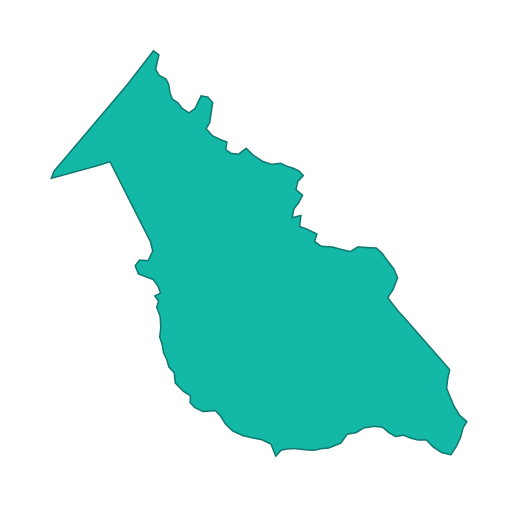 Campo do Brito, Sergipe, Brazil, rotated 176°
{"feature_id": "56859067B6192746324421", "entity_name": "Campo do Brito", "entity_type": "district", "adm_level": 2, "iso_a3": "BRA", "parent_name": "Brazil", "parent_adm1": "Sergipe", "projection": "mercator", "projection_center": [-37.503, -10.782], "detail": "fine", "context": "isolated", "style": "filled", "palette": "teal", "viewbox_px": 512, "rotation_deg": 176, "n_neighbors": 0, "source": "geoboundaries", "source_scale": "gbopen_adm2", "svg_char_len": 1765}
<svg xmlns="http://www.w3.org/2000/svg" viewBox="0 0 512 512"><g transform="rotate(176 256 256)"><path d="M454.8,347.8L408.1,357.1L395.0,360.2L369.7,299.9L360.3,277.7L358.7,268.2L363.9,258.9L372.6,260.0L377.2,254.7L374.5,246.3L366.8,242.7L360.2,239.7L355.7,232.5L353.8,225.6L359.7,223.2L356.4,218.0L358.6,211.9L355.8,202.4L356.0,191.2L357.7,181.9L355.7,173.9L355.0,166.0L352.2,158.8L350.6,151.2L345.7,145.2L345.4,134.9L337.9,126.1L331.1,121.1L332.0,114.4L327.4,108.9L319.7,104.5L313.5,104.6L307.3,104.5L302.5,98.7L298.0,90.3L291.5,83.1L281.8,77.8L273.3,75.1L263.2,72.4L254.2,67.3L250.2,55.0L244.4,60.6L238.1,61.3L230.8,61.2L218.3,58.9L211.1,58.2L204.3,59.3L197.2,59.3L184.3,63.5L177.5,71.8L168.4,72.8L160.5,77.0L149.8,77.8L141.7,76.4L135.8,70.5L129.4,66.2L121.2,66.9L114.4,63.5L107.4,61.2L98.8,60.6L92.7,53.2L84.6,47.0L75.5,44.1L69.6,51.9L64.7,60.6L61.4,70.1L57.2,76.1L64.1,83.0L69.0,92.6L72.4,102.5L75.1,110.8L73.2,120.7L70.7,129.1L112.5,184.2L118.6,191.8L127.5,205.3L121.5,213.1L116.3,224.3L119.3,233.4L126.7,244.4L130.0,250.0L135.5,255.6L142.9,256.4L153.7,258.0L161.5,253.9L169.4,256.2L179.0,259.6L190.4,261.2L196.6,266.5L193.7,273.7L204.3,279.7L210.5,282.4L208.4,293.3L217.3,291.7L214.8,300.5L210.0,305.8L205.3,313.4L211.5,319.5L209.2,327.3L203.2,333.0L207.3,337.9L212.5,340.9L218.6,343.2L225.2,346.8L233.9,346.3L242.6,349.9L251.5,356.5L258.3,364.1L266.4,358.8L273.7,360.1L278.8,364.3L277.1,371.7L283.3,374.6L291.1,379.0L296.9,386.5L292.8,392.5L290.9,401.4L288.5,412.0L293.0,417.9L299.6,419.6L303.5,412.8L306.4,407.5L312.9,403.4L319.3,408.4L323.3,414.3L328.5,418.3L330.4,424.6L331.1,433.1L333.4,438.8L340.1,443.1L343.1,449.0L340.7,457.6L338.8,463.3L344.0,467.9L372.2,436.2L451.5,354.8L454.8,347.8Z" fill="#14b8a6" stroke="#0f766e" stroke-width="1.5"/></g></svg>